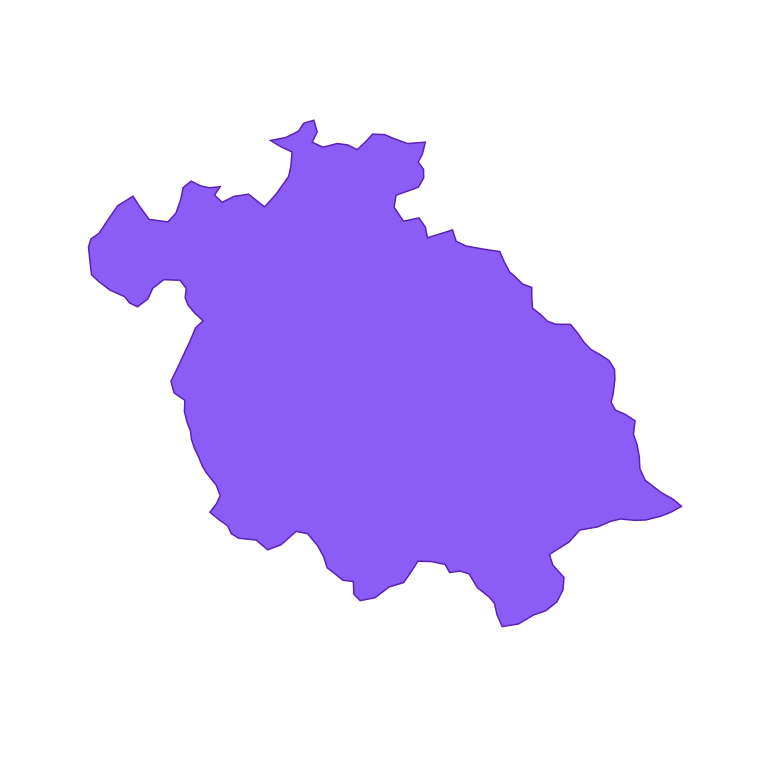 Cesário Lange, São Paulo, Brazil (Equal Earth projection), rotated 249°
{"feature_id": "56859067B87642891823012", "entity_name": "Cesário Lange", "entity_type": "district", "adm_level": 2, "iso_a3": "BRA", "parent_name": "Brazil", "parent_adm1": "São Paulo", "projection": "equal_earth", "projection_center": [-47.895, -23.217], "detail": "fine", "context": "isolated", "style": "filled", "palette": "violet", "viewbox_px": 768, "rotation_deg": 249, "n_neighbors": 0, "source": "geoboundaries", "source_scale": "gbopen_adm2", "svg_char_len": 2271}
<svg xmlns="http://www.w3.org/2000/svg" viewBox="0 0 768 768"><g transform="rotate(249 384 384)"><path d="M617.8,157.2L603.4,153.3L590.9,150.1L581.9,154.4L570.0,161.7L558.4,173.2L550.8,175.5L544.4,181.6L547.9,193.9L556.3,202.5L560.3,215.9L553.9,230.8L544.2,233.6L535.7,229.3L528.1,229.3L518.6,232.5L507.8,237.7L503.8,228.0L493.5,218.3L484.0,208.3L474.8,198.8L462.9,186.1L451.0,184.8L440.2,192.2L429.9,187.8L419.5,186.5L409.2,186.5L401.5,184.4L391.8,184.0L381.7,184.8L372.0,185.0L364.3,186.5L349.8,191.1L338.5,191.1L332.4,184.8L326.6,175.5L315.5,182.0L307.6,187.2L298.9,187.8L292.0,193.2L284.1,208.8L270.9,215.9L270.8,230.3L277.9,249.1L271.7,259.0L256.5,264.2L244.5,265.7L232.8,265.1L225.4,269.6L215.6,275.2L210.6,284.5L198.5,280.6L190.3,284.1L187.7,298.9L192.7,316.2L191.6,331.1L198.2,341.0L206.4,352.2L201.1,364.9L193.6,376.4L184.5,377.7L182.1,388.0L176.3,395.4L160.3,398.2L147.4,405.9L139.7,408.5L127.9,406.8L115.2,407.4L111.8,423.4L114.7,440.6L114.4,454.0L118.6,467.2L127.6,477.3L138.9,482.7L154.5,476.7L165.6,477.3L170.1,500.0L177.5,514.4L174.0,532.5L174.6,546.5L173.2,556.5L166.9,569.2L163.2,579.7L161.4,595.1L161.6,606.7L163.2,617.9L172.7,612.7L183.8,603.5L200.7,593.3L213.1,592.5L224.7,596.3L236.6,598.5L247.8,598.9L259.7,605.2L269.2,598.3L276.8,590.7L285.5,589.4L292.7,594.4L305.3,601.1L315.1,604.5L325.4,602.4L333.2,596.8L342.3,589.4L351.4,585.6L362.2,583.0L372.8,579.5L378.3,565.7L384.1,559.0L392.6,555.2L401.5,549.8L410.1,552.4L421.2,556.5L427.8,549.1L436.5,545.2L443.6,541.4L456.0,539.9L466.1,539.6L474.5,524.8L483.5,509.9L491.4,502.5L503.3,503.2L504.9,477.1L515.7,478.8L526.5,476.2L529.0,460.5L545.5,456.8L555.9,462.9L555.4,486.6L562.3,495.0L570.2,497.8L578.9,495.4L584.7,502.1L595.0,509.2L600.0,492.2L609.8,481.0L616.6,473.9L621.4,462.9L616.9,454.0L612.4,443.0L620.3,435.7L625.3,426.4L626.9,412.0L635.4,403.6L643.3,412.0L655.4,413.0L656.2,402.5L650.7,394.7L649.3,380.5L652.0,365.4L643.3,372.1L633.5,381.3L620.3,374.9L611.9,369.3L599.7,350.9L592.1,336.0L609.8,325.5L612.9,311.2L611.6,297.9L621.1,293.5L626.9,301.7L629.8,291.2L634.8,283.6L642.5,276.7L639.3,266.8L629.0,260.3L617.9,250.8L612.8,240.3L621.9,223.7L638.8,219.1L649.3,217.0L645.9,199.3L636.9,186.1L626.9,172.1L624.4,162.4L617.8,157.2Z" fill="#8b5cf6" stroke="#5b21b6" stroke-width="1.5"/></g></svg>